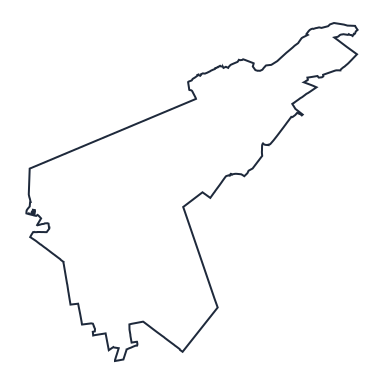 outline of Babītes pag., Babites, Latvia
{"feature_id": "27541924B20304817585286", "entity_name": "Babītes pag.", "entity_type": "district", "adm_level": 2, "iso_a3": "LVA", "parent_name": "Latvia", "parent_adm1": "Babites", "projection": "albers", "projection_center": [23.861, 56.895], "detail": "fine", "context": "isolated", "style": "outline", "palette": "slate", "viewbox_px": 384, "rotation_deg": 0, "n_neighbors": 0, "source": "geoboundaries", "source_scale": "gbopen_adm2", "svg_char_len": 5404}
<svg xmlns="http://www.w3.org/2000/svg" viewBox="0 0 384 384"><path d="M30.2,237.1L35.9,240.9L40.5,244.5L40.8,244.5L41.3,244.9L44.0,247.0L46.4,248.7L47.0,249.2L51.7,252.8L57.3,257.0L60.4,259.3L60.7,259.8L63.6,262.0L63.4,262.3L63.4,262.5L63.8,264.4L65.3,273.3L67.1,283.9L67.2,284.1L67.4,285.3L68.0,289.3L68.4,292.0L68.7,293.4L68.7,293.7L69.2,296.8L69.7,299.8L70.5,304.6L78.1,303.7L78.3,304.5L78.5,305.6L78.7,306.7L79.3,309.7L80.2,314.2L81.7,322.4L81.7,322.8L82.0,324.5L82.4,324.5L87.9,323.8L89.5,323.6L91.0,323.4L91.4,323.4L92.9,323.7L94.0,326.4L93.9,326.5L95.0,328.9L95.0,329.0L94.8,331.4L92.8,331.8L93.2,335.5L94.4,335.2L105.6,333.4L108.8,350.2L110.7,348.9L113.3,347.1L113.5,347.4L118.7,348.2L117.0,353.8L116.2,356.2L115.7,357.8L115.0,360.1L115.0,361.0L123.4,359.5L126.6,349.6L126.6,349.4L127.3,349.2L128.4,348.6L131.3,347.5L133.0,346.7L135.8,345.6L137.0,345.7L137.2,345.4L137.4,344.4L137.4,344.2L137.3,343.2L137.0,341.8L136.7,341.8L136.4,341.8L131.6,342.6L130.4,335.7L130.4,334.9L129.5,329.6L129.4,324.4L131.7,323.8L136.6,322.9L139.2,322.4L142.9,321.7L143.2,321.7L143.4,321.8L149.5,326.4L153.8,329.7L157.8,332.7L160.7,334.8L161.6,335.5L162.9,336.4L164.4,337.5L165.0,338.1L166.4,339.1L166.5,339.2L167.4,339.9L169.3,341.3L170.9,342.5L171.3,342.8L173.9,344.7L175.1,345.7L176.4,346.6L179.7,349.1L180.0,349.9L180.1,350.0L180.4,350.2L182.6,351.8L217.7,307.5L214.5,298.6L198.8,252.5L184.6,211.0L183.2,207.0L202.5,192.3L210.3,197.9L213.8,193.0L215.2,191.2L215.0,191.3L219.6,185.1L223.9,179.0L224.0,178.9L225.2,177.2L226.2,176.1L228.8,175.3L229.0,175.6L229.5,175.7L230.2,175.5L230.5,175.1L230.4,174.4L230.5,174.1L230.8,173.8L231.2,173.9L232.1,174.3L232.2,174.5L232.3,174.4L232.5,174.3L233.6,174.1L234.6,173.9L235.7,173.8L236.1,173.8L237.3,173.9L240.3,174.2L241.1,174.3L241.3,174.3L243.1,175.4L244.3,176.2L247.4,173.2L248.6,170.7L252.6,168.5L261.8,156.4L262.2,155.9L262.0,153.8L261.9,152.6L261.9,151.6L262.0,150.1L262.0,148.5L262.1,145.6L262.2,145.3L262.2,145.0L262.3,144.7L262.5,144.2L262.6,143.9L262.9,143.5L263.0,143.4L263.5,143.9L263.9,144.2L264.1,144.4L264.5,144.6L265.2,144.8L265.9,144.9L268.4,145.1L268.3,144.7L270.2,144.2L273.5,140.4L277.2,135.7L285.5,124.7L286.8,122.9L291.3,116.9L291.9,117.2L292.7,116.9L295.3,115.0L295.8,114.4L297.1,112.9L300.9,114.5L301.0,114.6L301.2,114.9L301.8,115.4L302.7,114.6L295.4,108.9L293.3,105.5L292.6,104.5L292.6,104.4L292.3,103.9L293.6,103.0L294.1,102.8L294.1,102.7L294.4,102.5L294.5,102.4L297.3,100.4L298.3,99.7L300.3,98.2L302.2,97.1L305.1,94.9L306.5,93.8L307.9,93.1L309.9,91.8L313.7,89.2L316.5,87.3L313.1,85.8L311.1,85.0L303.9,82.3L304.7,81.9L306.8,80.5L307.3,80.4L307.9,79.8L307.4,77.6L310.3,77.2L317.5,76.0L318.3,77.1L318.8,77.6L321.9,77.3L323.3,76.4L323.1,74.8L334.8,70.7L336.3,70.3L340.4,70.4L340.4,70.0L341.3,69.0L343.6,67.1L344.4,66.7L345.6,65.6L347.4,64.1L348.3,63.3L351.9,59.6L353.8,57.6L357.0,54.3L353.7,51.9L346.8,46.9L341.5,42.9L338.1,40.3L334.7,37.8L334.3,37.5L334.7,37.4L335.0,37.3L335.8,37.2L336.5,37.1L337.3,36.9L337.7,36.8L338.0,36.6L338.4,36.4L339.5,35.4L340.0,35.0L340.4,34.8L341.0,34.6L341.6,34.5L342.3,34.4L342.5,34.4L343.4,34.2L348.0,34.9L348.8,34.1L350.1,35.0L351.2,35.0L352.6,36.0L353.8,33.9L354.3,34.2L355.1,33.4L355.8,31.4L356.2,31.1L357.6,29.9L356.5,28.3L355.7,27.0L355.5,26.8L355.1,25.9L351.0,25.7L347.5,25.6L344.0,24.6L339.7,23.9L334.0,23.0L330.0,24.4L328.1,26.2L321.5,27.9L319.1,27.4L317.1,27.9L315.9,28.1L313.3,28.9L313.1,28.8L312.4,28.7L311.5,29.0L311.2,29.1L309.7,30.0L308.5,31.3L306.5,34.0L307.8,34.9L306.2,35.7L304.4,36.6L302.8,37.4L301.8,38.0L301.2,38.7L301.0,39.0L298.8,42.1L298.2,43.1L294.9,45.5L294.4,45.9L292.8,47.4L290.2,49.6L287.1,52.2L286.8,52.4L280.1,58.5L277.3,61.1L274.1,63.1L271.4,64.8L270.9,64.9L266.4,65.4L265.8,65.6L265.3,66.2L264.9,66.7L264.0,67.6L262.4,69.7L260.1,70.8L258.2,70.7L257.7,70.8L255.4,70.1L252.8,66.5L253.7,63.5L253.7,63.3L252.2,62.7L244.9,59.9L243.4,59.4L243.1,59.3L242.3,59.9L241.8,60.0L240.0,60.2L238.9,59.8L237.8,61.6L237.5,61.9L234.9,63.0L232.3,64.1L230.6,64.9L228.7,66.9L228.2,67.9L226.1,66.9L225.9,66.8L223.5,67.9L223.1,67.2L223.1,67.3L222.6,66.3L221.1,66.5L220.1,65.8L218.3,67.0L218.2,66.8L217.5,67.1L216.4,68.0L216.0,68.1L215.4,68.0L215.0,68.4L214.9,69.0L213.3,69.6L212.0,70.2L210.9,70.7L209.7,71.5L209.2,71.7L208.8,71.9L207.0,72.8L204.9,73.6L202.8,73.4L201.1,74.2L201.2,74.5L201.1,74.8L200.2,75.8L199.5,75.4L198.8,75.2L198.5,74.5L197.3,75.0L197.4,75.7L196.5,76.4L194.7,77.7L193.3,78.5L192.6,79.0L191.8,80.3L191.6,80.5L190.4,80.9L189.5,81.3L188.6,81.6L188.1,82.1L189.2,89.3L189.2,89.8L189.3,89.9L189.5,90.0L189.9,90.1L190.7,90.2L191.2,90.3L191.7,90.6L192.1,91.0L192.5,91.7L192.8,92.3L193.0,92.7L195.6,97.7L196.0,98.9L29.7,168.6L28.8,194.0L28.8,194.6L29.3,197.0L29.9,198.9L30.5,201.6L30.7,202.0L30.1,202.2L30.1,202.3L29.7,206.4L29.7,206.5L27.8,208.7L26.7,210.3L26.4,212.1L26.4,213.4L28.5,214.0L28.7,213.4L29.2,213.5L29.2,214.2L33.3,215.2L33.5,213.9L31.4,213.4L31.9,211.6L33.6,212.0L33.5,210.7L33.1,210.6L33.0,209.8L34.9,210.1L35.0,211.4L34.8,212.3L34.5,214.1L34.1,215.0L34.2,215.5L36.2,215.9L37.6,214.9L39.1,216.2L41.1,218.4L39.9,220.4L37.8,223.9L37.1,225.1L37.4,225.3L37.5,225.3L40.6,224.5L41.8,224.1L42.9,224.0L44.0,223.8L45.0,223.3L46.3,223.3L47.3,223.2L48.5,223.6L49.0,227.5L49.4,227.5L49.3,228.6L46.7,232.1L44.4,232.1L38.6,232.0L37.3,232.0L37.2,232.1L34.0,232.1L33.7,231.5L33.6,231.4L33.6,231.2L33.5,231.6L32.5,233.1L31.6,234.5L30.2,237.1Z" fill="none" stroke="#1e293b" stroke-width="2"/></svg>